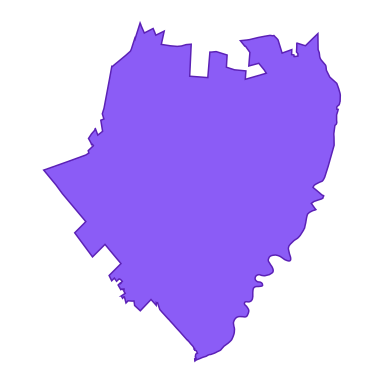 Gómez Palacio, Durango, Mexico (Natural Earth projection)
{"feature_id": "50627088B6714837082613", "entity_name": "Gómez Palacio", "entity_type": "district", "adm_level": 2, "iso_a3": "MEX", "parent_name": "Mexico", "parent_adm1": "Durango", "projection": "natural_earth1", "projection_center": [-103.42, 25.712], "detail": "fine", "context": "isolated", "style": "filled", "palette": "violet", "viewbox_px": 384, "rotation_deg": 0, "n_neighbors": 0, "source": "geoboundaries", "source_scale": "gbopen_adm2", "svg_char_len": 5912}
<svg xmlns="http://www.w3.org/2000/svg" viewBox="0 0 384 384"><path d="M310.5,211.8L312.7,210.7L313.0,210.6L314.6,210.1L314.8,210.1L315.9,209.6L314.8,208.3L311.6,203.8L311.3,203.4L312.3,202.7L313.9,201.5L318.2,200.0L321.4,199.0L322.3,198.5L323.0,198.0L323.0,197.7L323.0,197.3L323.7,196.0L323.7,195.7L322.0,195.0L317.2,190.9L313.1,187.5L313.0,187.4L313.4,186.6L313.6,186.2L313.9,185.7L314.1,185.4L314.7,184.9L315.6,184.3L316.1,184.0L319.4,182.3L321.9,181.3L322.4,181.0L322.8,180.5L323.0,180.3L323.8,179.0L324.2,178.2L324.7,177.2L328.2,166.2L334.1,145.3L334.1,143.7L334.0,136.6L333.9,136.3L333.9,135.4L333.8,133.9L334.9,125.5L336.4,124.0L336.7,123.0L336.8,122.6L336.6,120.1L336.6,114.9L337.7,111.4L338.2,109.4L336.9,109.3L336.9,109.0L336.8,108.3L336.7,107.5L337.0,106.8L337.2,106.4L339.1,104.8L339.7,103.0L339.7,102.7L340.0,101.6L340.1,101.4L340.3,95.2L340.0,93.2L338.7,88.7L337.9,86.4L336.8,83.4L329.8,77.1L326.4,70.3L326.0,66.6L325.8,65.8L325.7,65.5L325.6,65.3L325.5,65.1L321.2,60.0L320.7,59.3L320.4,58.6L320.2,58.3L319.9,57.3L319.7,56.6L319.5,54.7L319.2,52.5L319.1,52.3L318.1,49.6L317.9,33.6L312.4,38.9L305.5,45.7L303.9,45.3L297.0,43.1L296.7,43.8L296.8,45.0L296.7,48.1L296.5,52.0L297.9,53.7L297.9,56.1L295.1,56.5L294.1,56.6L294.0,56.4L294.1,56.0L293.9,54.9L291.6,54.6L291.8,49.6L282.1,53.1L278.1,40.1L277.6,39.3L277.0,38.7L276.2,37.8L274.9,36.6L274.7,36.3L273.9,35.5L273.7,35.6L273.4,35.7L272.8,35.8L270.4,35.4L269.8,35.4L264.5,36.3L258.2,37.5L249.6,39.6L246.9,40.0L240.4,40.7L244.8,46.2L245.5,46.2L249.9,52.4L248.8,66.0L258.8,63.3L264.1,69.8L266.3,73.2L256.1,76.2L245.3,79.3L245.9,70.9L234.4,69.8L226.4,67.2L227.1,55.0L216.2,51.6L211.1,52.1L209.9,52.1L207.8,77.6L200.2,77.0L189.7,76.2L191.2,44.2L186.2,44.6L181.4,46.0L177.2,46.4L170.4,45.8L161.3,44.4L164.2,31.1L155.8,35.2L154.6,32.0L153.1,28.5L144.3,33.0L140.9,25.2L140.9,24.9L140.1,23.0L135.5,37.5L135.1,39.0L134.8,38.3L133.1,43.6L131.4,49.0L130.4,51.2L125.7,55.4L112.3,66.5L111.8,66.3L109.6,78.5L104.0,108.3L102.3,113.8L103.9,119.0L100.8,120.2L102.6,131.3L97.8,135.1L95.4,128.7L94.9,129.1L95.1,129.8L91.5,133.9L88.5,138.5L90.1,141.3L90.9,142.8L91.6,144.7L92.4,144.3L93.4,145.7L88.2,150.6L88.8,153.1L85.8,155.0L62.4,163.5L43.7,170.1L56.1,185.1L62.4,193.7L84.8,220.4L85.8,221.6L83.5,224.0L74.7,232.8L92.5,256.9L105.0,244.4L113.7,254.9L121.0,263.6L109.1,275.5L111.7,280.8L114.3,278.1L116.6,281.3L119.1,278.9L120.5,279.5L122.0,281.0L122.3,281.4L120.8,282.8L121.0,283.1L120.3,283.7L120.0,283.2L118.1,285.0L120.8,289.7L122.0,288.9L122.5,289.5L122.8,289.7L123.4,289.2L123.6,289.8L124.0,289.5L123.9,291.4L125.2,293.3L121.2,296.0L121.3,296.0L122.6,298.3L123.9,296.8L124.4,296.9L126.0,303.0L128.1,300.8L132.1,301.1L134.0,301.0L134.5,304.5L134.6,305.5L140.3,310.8L150.0,300.6L151.0,299.5L156.2,305.3L156.2,304.8L156.3,304.3L156.3,303.6L156.3,302.7L156.6,303.0L157.0,303.1L157.3,303.0L157.6,302.8L157.7,303.3L159.8,309.5L162.0,312.1L168.4,319.1L168.6,319.1L168.7,319.3L170.6,321.5L174.0,325.2L174.3,325.6L176.8,328.4L179.1,330.9L179.5,331.3L181.5,333.6L187.0,339.8L187.2,340.0L187.4,340.0L187.8,340.5L187.9,340.4L189.9,342.8L190.3,343.4L192.7,346.0L193.4,346.9L193.4,347.0L193.8,347.9L194.0,348.6L194.0,348.9L194.6,348.7L194.7,350.2L196.3,350.7L197.3,352.9L197.5,353.2L196.8,353.6L196.3,353.6L195.7,354.4L195.3,356.8L195.6,356.8L196.0,358.4L194.7,358.8L194.8,360.5L194.9,361.0L195.7,360.3L196.9,359.7L199.0,358.9L201.0,358.1L201.3,357.9L203.1,357.2L206.1,356.3L206.8,355.9L207.9,355.2L209.4,354.6L210.7,354.5L214.1,353.3L215.7,352.6L217.3,351.7L218.2,351.3L219.9,350.5L220.6,350.1L221.7,348.8L223.2,347.1L224.2,346.0L225.1,345.4L226.3,344.5L228.1,343.2L229.7,341.8L231.1,340.4L231.8,339.5L232.6,337.7L233.3,336.0L234.0,333.9L234.3,332.3L234.4,330.8L234.5,329.2L234.3,327.7L233.9,326.4L233.6,324.4L233.4,322.9L233.7,321.6L234.1,320.6L234.7,319.4L235.8,318.1L236.5,317.5L237.2,317.1L238.1,316.8L238.9,316.6L240.9,316.6L242.8,316.7L244.3,316.9L245.0,316.9L245.8,316.8L246.5,316.4L247.2,315.7L248.2,313.5L248.7,311.8L248.8,310.6L248.5,309.4L247.8,308.2L247.3,307.4L246.5,306.3L245.1,305.0L244.7,304.6L244.5,304.1L244.4,303.7L244.5,303.0L244.7,302.4L245.1,302.0L245.6,301.8L246.3,301.7L248.6,301.9L249.3,301.8L250.1,301.5L250.6,301.2L251.2,300.9L251.7,300.2L252.1,299.6L252.4,298.9L252.5,298.4L252.6,297.9L252.7,297.0L252.8,296.7L252.8,294.4L252.8,292.1L253.0,290.1L253.2,289.0L253.3,288.8L253.4,288.3L253.5,288.2L253.8,287.8L253.9,287.7L254.0,287.6L254.4,287.3L254.6,287.2L254.9,286.9L255.0,286.9L255.6,286.7L255.8,286.6L256.3,286.6L256.7,286.5L257.1,286.5L258.3,286.5L258.7,286.5L260.6,286.3L261.6,286.1L262.3,285.8L262.6,285.4L262.5,284.6L262.4,284.0L262.1,283.4L261.4,282.7L260.4,282.2L260.2,282.1L257.6,281.8L256.4,281.0L255.5,280.0L255.1,278.9L255.1,278.2L255.3,277.3L255.6,276.5L256.3,275.7L257.4,275.0L259.0,274.6L260.4,274.9L260.9,275.2L261.3,275.3L262.0,275.5L262.9,275.6L263.6,275.7L264.2,275.8L264.9,275.7L265.1,275.7L269.4,274.6L272.0,273.0L272.8,272.2L273.1,271.4L273.2,270.6L273.1,269.7L272.8,268.6L272.2,267.2L271.6,266.2L270.6,264.8L268.4,261.2L268.3,260.4L268.3,259.6L268.4,259.2L269.2,257.2L269.9,256.5L270.6,256.0L271.3,255.7L272.7,255.3L273.5,255.2L274.6,255.1L275.4,255.0L276.1,255.1L276.4,255.2L277.4,255.4L278.4,255.7L279.2,256.0L280.5,256.6L280.7,256.8L282.5,258.0L283.6,258.8L283.8,259.0L285.1,259.8L285.4,259.9L286.6,260.4L287.9,260.8L288.6,260.9L288.9,261.0L289.4,260.9L289.5,260.9L290.0,260.7L290.5,260.1L290.7,259.4L290.7,258.9L290.7,258.5L290.6,257.7L290.6,257.4L290.3,256.4L289.5,254.0L288.7,250.4L288.4,249.0L288.4,248.8L288.4,248.1L288.4,247.9L288.6,247.3L288.8,246.3L289.0,246.0L289.5,245.2L290.7,243.7L291.0,243.5L292.5,242.0L294.2,240.4L297.3,238.4L297.6,238.2L298.8,237.0L300.2,235.4L302.8,231.3L303.5,230.2L303.8,229.4L304.3,228.6L304.6,228.0L304.7,227.4L305.1,225.5L305.7,222.9L306.2,219.9L306.6,217.6L307.1,215.5L307.6,214.1L307.8,213.9L309.3,212.5L309.5,212.4L310.5,211.8Z" fill="#8b5cf6" stroke="#5b21b6" stroke-width="1.5"/></svg>